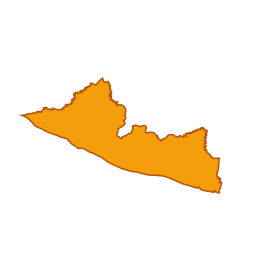 the district of Thep Sathit, Chaiyaphum, Thailand, rotated 286°
{"feature_id": "78962969B6140233535847", "entity_name": "Thep Sathit", "entity_type": "district", "adm_level": 2, "iso_a3": "THA", "parent_name": "Thailand", "parent_adm1": "Chaiyaphum", "projection": "equal_earth", "projection_center": [101.542, 15.61], "detail": "fine", "context": "isolated", "style": "filled", "palette": "amber", "viewbox_px": 256, "rotation_deg": 286, "n_neighbors": 0, "source": "geoboundaries", "source_scale": "gbopen_adm2", "svg_char_len": 5947}
<svg xmlns="http://www.w3.org/2000/svg" viewBox="0 0 256 256"><g transform="rotate(286 128 128)"><path d="M134.8,144.2L134.9,142.8L132.4,138.5L132.9,136.3L133.0,134.7L131.9,133.4L131.4,132.1L130.5,131.9L127.8,133.2L126.1,132.4L125.2,132.7L123.3,131.6L122.9,131.2L122.5,129.8L120.3,128.6L119.1,126.4L118.3,125.5L117.7,125.1L116.3,125.2L115.9,124.9L116.7,123.0L117.3,119.7L119.0,119.0L121.3,119.4L124.0,118.7L125.0,119.2L129.2,123.0L131.1,123.9L132.8,123.1L134.0,121.8L134.7,122.6L136.1,123.2L137.6,122.7L138.4,121.9L140.7,121.7L142.3,120.9L143.8,121.4L145.3,120.0L146.9,119.4L148.0,117.4L148.4,115.1L148.2,113.4L147.3,111.8L146.4,111.4L147.3,110.4L148.2,110.7L148.9,110.2L149.2,110.7L149.9,110.8L149.5,110.3L149.8,109.5L149.3,109.3L149.4,109.0L149.0,108.8L149.6,108.6L149.6,107.8L149.2,107.3L149.6,106.6L150.1,106.6L149.8,106.2L150.0,105.6L150.5,105.7L150.4,104.2L150.8,104.1L150.8,104.6L151.7,104.2L151.5,103.6L150.7,103.0L151.4,102.8L152.1,103.3L152.7,102.9L153.0,102.3L153.1,103.2L154.2,103.4L154.5,102.5L154.0,101.8L154.3,101.4L154.9,101.5L155.5,100.8L155.8,101.3L155.8,102.4L157.4,102.6L158.3,102.0L158.8,100.5L159.4,100.9L159.5,100.4L160.2,100.0L161.0,100.3L161.4,99.6L161.9,99.8L162.8,99.2L163.7,99.5L163.9,98.2L164.4,97.9L165.6,98.0L166.1,96.7L167.1,96.2L166.2,94.9L166.1,93.7L165.7,92.7L165.8,91.7L167.4,91.0L167.7,90.4L168.9,89.8L165.4,87.4L162.7,86.1L161.1,85.8L160.3,84.7L161.0,81.5L161.1,80.5L160.7,80.0L160.3,79.6L160.0,79.9L158.6,79.9L158.5,80.3L157.7,79.9L157.0,78.1L156.6,78.3L156.4,77.8L156.2,78.1L155.9,77.3L155.5,77.5L154.9,75.7L154.6,75.5L153.9,75.4L153.6,75.7L153.6,76.8L153.0,76.5L152.6,75.0L151.0,73.5L150.7,72.4L150.5,72.7L150.2,72.3L150.1,73.9L149.8,73.3L149.3,73.4L149.4,72.7L148.6,72.1L148.1,70.6L147.4,70.2L147.6,69.4L148.2,69.2L147.7,68.7L147.6,67.8L146.9,67.8L146.3,68.2L146.1,68.0L146.3,67.9L146.2,67.6L145.8,67.6L146.0,66.8L145.3,67.1L144.7,66.7L144.2,67.3L144.2,68.2L142.5,68.2L142.0,67.7L141.6,69.1L141.1,68.6L141.1,67.6L140.6,67.6L140.4,67.0L140.2,66.7L139.9,66.9L139.7,66.4L139.4,66.9L139.0,66.5L137.8,66.5L137.9,67.3L137.3,66.6L136.4,66.5L136.0,67.2L135.2,66.8L135.3,66.0L134.3,64.7L134.3,64.1L133.6,63.6L132.4,63.5L132.7,62.6L133.5,62.0L133.3,61.6L132.8,61.5L131.9,62.1L130.8,61.3L130.4,60.5L129.5,60.4L129.3,60.7L128.5,59.3L127.6,59.7L127.9,58.9L126.8,58.1L126.1,55.6L126.4,52.7L125.8,51.5L126.1,50.1L124.9,50.5L124.1,49.3L124.2,48.6L124.5,48.6L124.2,48.0L124.6,46.8L123.7,46.0L123.5,44.5L124.0,44.2L125.2,44.4L125.0,42.7L124.4,42.0L124.0,42.2L123.8,41.7L123.6,42.3L123.4,42.0L122.9,42.2L122.2,41.3L121.0,40.6L120.2,41.0L120.0,40.7L119.4,40.7L119.1,39.8L119.3,39.2L119.1,38.9L119.5,38.9L119.2,38.4L119.3,37.9L119.1,37.8L119.2,37.5L119.4,37.7L119.4,37.4L118.8,37.1L118.5,36.0L116.8,34.6L116.6,33.3L115.4,31.4L113.8,27.4L112.4,26.0L111.0,22.5L110.5,26.4L110.0,28.3L108.8,30.9L107.4,33.1L107.4,33.7L105.1,37.0L104.0,39.8L103.4,45.4L102.5,48.7L101.9,52.8L101.3,61.3L100.6,66.7L100.9,69.1L100.8,72.9L100.0,73.5L96.8,79.1L96.0,82.7L95.1,84.4L94.8,85.7L95.8,88.8L95.9,91.6L95.6,93.1L94.4,97.1L94.1,100.6L94.2,102.0L93.6,103.6L92.6,110.2L89.9,117.6L88.5,124.6L87.2,134.2L87.5,135.6L87.1,137.4L87.4,137.8L87.2,141.9L87.6,143.6L87.2,144.6L87.7,145.3L88.1,148.2L88.0,152.0L88.4,157.9L88.3,159.1L88.9,162.9L89.7,165.2L91.2,173.3L91.6,174.7L91.4,181.8L89.4,195.9L89.5,204.0L89.3,205.8L89.5,209.9L89.3,211.1L90.7,212.1L89.0,215.0L88.9,216.3L89.0,221.1L89.5,223.0L89.4,224.5L89.8,227.9L90.3,228.7L90.6,228.6L90.7,227.9L91.4,227.6L91.7,227.9L91.3,228.4L91.1,229.9L90.7,230.6L90.8,232.5L90.6,233.5L91.7,233.1L100.4,233.2L100.6,232.8L101.0,232.9L101.2,232.0L101.9,232.0L101.7,231.6L101.9,231.3L101.5,230.9L102.3,231.1L102.6,230.6L103.6,230.3L103.5,229.9L103.7,229.6L103.9,230.4L103.7,230.7L104.6,231.1L104.6,230.2L105.1,229.7L105.1,229.1L105.6,228.5L105.1,228.3L105.7,227.1L108.0,226.1L113.0,226.2L124.1,224.0L122.3,218.2L122.7,216.7L122.9,216.4L123.2,216.6L124.1,214.4L124.8,214.4L125.4,213.4L126.0,211.1L126.9,210.6L126.9,210.1L128.1,208.8L128.5,209.3L128.6,208.5L128.2,208.2L128.3,207.6L128.8,208.1L129.4,207.7L130.3,207.9L130.4,206.7L130.8,207.3L131.8,206.9L132.0,207.9L132.4,207.4L132.6,206.3L133.9,206.6L134.2,206.0L135.1,207.1L135.3,206.6L135.4,206.8L136.4,206.2L136.6,206.4L136.8,205.8L137.0,206.0L137.2,205.6L137.5,205.8L137.7,205.3L138.0,205.6L138.3,205.3L138.7,205.4L138.6,204.9L139.2,205.7L139.5,205.6L139.9,204.0L140.4,204.2L140.9,205.2L141.1,205.0L142.0,205.3L142.4,204.8L142.5,205.2L142.7,204.8L142.8,205.0L143.3,204.6L143.6,204.0L144.1,204.3L144.1,204.7L144.7,204.5L144.7,204.9L145.0,205.1L145.7,204.7L145.7,204.3L146.4,204.9L146.9,204.5L147.3,204.6L147.1,203.5L147.3,203.0L147.0,202.7L147.7,201.9L147.2,202.1L147.2,201.7L147.5,201.2L147.7,201.6L148.1,201.4L148.3,200.9L148.7,201.0L148.9,200.6L148.9,199.3L148.5,198.8L148.2,199.1L148.0,198.0L147.3,197.5L146.8,197.8L147.0,198.5L146.8,198.6L146.3,197.9L146.5,196.3L146.3,196.6L145.8,196.4L146.0,195.5L145.8,194.9L145.1,194.5L144.9,195.2L144.5,195.2L144.5,193.9L144.1,194.1L143.7,193.8L143.6,194.2L143.6,193.5L143.1,193.6L143.3,193.0L143.6,192.9L143.5,192.6L143.2,192.7L143.3,192.3L143.0,192.0L142.6,192.2L142.2,191.9L142.4,191.5L141.8,191.6L141.7,191.1L141.0,190.8L141.2,190.5L140.7,190.3L140.9,190.1L140.6,189.8L140.7,189.5L139.9,189.3L139.7,189.0L140.1,188.6L140.0,188.1L140.2,187.9L140.0,187.6L139.5,187.8L139.3,187.2L139.6,186.9L138.9,186.2L138.5,185.2L138.1,185.5L137.9,185.0L136.9,185.5L136.3,185.4L136.3,185.7L135.9,186.0L136.3,183.6L135.4,183.8L135.0,183.4L134.5,183.5L134.4,182.8L135.2,180.5L134.8,180.3L134.2,179.1L132.6,178.8L133.0,178.0L133.0,176.0L134.1,173.1L132.7,169.4L131.4,168.2L128.4,166.9L127.8,166.2L127.2,164.5L125.8,164.3L125.5,163.3L124.9,163.1L125.6,162.2L125.5,161.7L125.8,161.2L126.0,160.0L126.7,160.1L127.3,159.0L127.7,159.0L127.8,158.1L128.6,158.4L129.0,156.4L130.4,155.0L130.6,152.0L129.9,150.9L129.6,149.0L128.3,147.3L128.8,145.9L133.7,145.4L134.2,145.2L134.8,144.2Z" fill="#f59e0b" stroke="#b45309" stroke-width="1.5"/></g></svg>